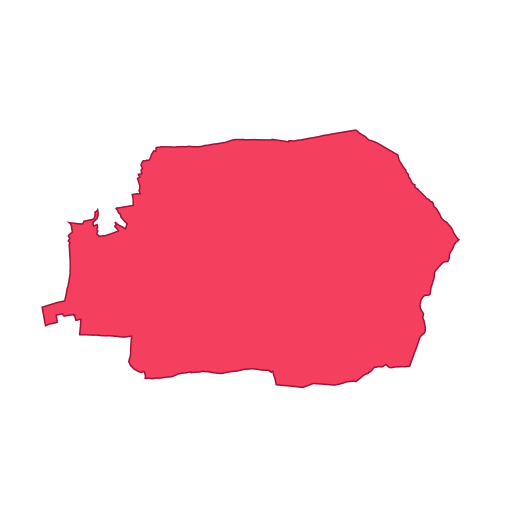 the district of Popesti, Iasi, Romania, rotated 288°
{"feature_id": "2599482B45764776322069", "entity_name": "Popesti", "entity_type": "district", "adm_level": 2, "iso_a3": "ROU", "parent_name": "Romania", "parent_adm1": "Iasi", "projection": "equal_earth", "projection_center": [27.259, 47.14], "detail": "fine", "context": "isolated", "style": "filled", "palette": "rose", "viewbox_px": 512, "rotation_deg": 288, "n_neighbors": 0, "source": "geoboundaries", "source_scale": "gbopen_adm2", "svg_char_len": 6087}
<svg xmlns="http://www.w3.org/2000/svg" viewBox="0 0 512 512"><g transform="rotate(288 256 256)"><path d="M359.7,409.0L361.8,407.3L361.9,406.7L361.9,405.0L362.2,404.5L363.2,402.9L363.3,402.3L363.4,400.2L363.6,399.6L364.7,398.6L365.8,396.3L366.0,395.8L366.5,395.2L367.2,393.6L368.9,390.0L369.8,389.1L369.7,388.1L370.7,385.8L371.6,385.5L372.7,385.3L373.0,383.1L373.5,382.1L374.9,380.8L376.0,379.6L376.9,378.9L377.8,377.5L378.6,376.6L380.1,375.9L380.9,375.2L381.6,374.2L382.0,373.1L383.3,372.1L384.1,371.8L385.1,370.0L389.5,364.6L389.9,364.0L392.2,362.0L394.4,360.5L395.9,359.7L398.5,347.5L399.6,342.5L400.0,341.1L400.4,338.5L400.9,336.4L401.0,334.7L401.2,334.0L401.2,332.6L401.4,330.6L401.4,329.6L401.1,327.9L401.2,327.4L402.1,325.2L402.8,324.2L403.4,323.0L403.6,322.1L404.0,319.4L404.3,318.6L404.6,318.1L404.7,316.8L406.1,313.7L406.6,312.2L406.3,311.3L395.9,291.3L393.5,287.1L391.5,282.9L389.5,279.9L387.0,275.3L384.2,269.9L379.6,261.7L379.5,261.0L379.1,260.0L377.9,258.1L376.9,256.0L376.7,254.4L375.8,251.7L374.7,251.9L371.9,235.3L371.3,235.3L369.5,229.7L369.1,228.2L368.7,227.3L367.9,224.6L365.9,217.5L365.2,215.8L363.8,211.8L362.9,209.0L363.0,208.2L362.1,205.7L360.5,200.7L359.1,197.9L354.5,191.6L350.4,183.7L349.6,181.7L346.2,175.4L345.7,174.3L345.7,173.8L343.9,171.1L342.1,167.6L340.1,160.9L339.9,159.2L338.1,155.0L336.9,151.3L336.4,149.9L335.8,148.0L335.0,146.1L334.6,145.8L333.4,141.1L330.4,131.6L329.7,131.2L329.6,130.4L328.9,128.6L328.3,127.5L324.7,128.4L324.4,126.9L324.6,126.4L324.1,126.1L322.1,125.8L320.4,125.3L317.3,125.3L315.7,125.1L314.9,124.9L314.2,124.6L313.7,124.2L313.4,123.7L313.4,122.5L312.6,121.6L312.0,121.0L312.0,120.1L311.9,119.7L311.7,119.4L311.0,119.0L308.5,118.5L307.3,118.5L306.4,118.9L305.7,119.4L304.9,120.6L304.0,121.1L303.1,120.3L301.9,120.3L301.5,120.4L299.0,122.1L297.3,118.9L296.9,119.1L295.1,121.2L293.2,119.3L287.0,123.8L286.3,124.1L284.8,124.4L283.8,124.6L282.1,124.5L279.4,126.8L278.6,123.9L277.7,122.1L276.2,119.3L272.6,121.4L266.2,123.6L259.6,111.0L258.5,108.5L257.7,108.3L257.3,109.2L256.7,110.3L255.0,111.5L254.3,112.3L254.2,113.5L251.8,115.4L251.3,115.4L250.9,116.2L248.8,119.6L247.5,122.2L246.9,123.5L241.4,123.4L241.9,121.9L242.3,120.5L242.8,117.0L243.1,115.4L243.9,113.3L244.5,112.0L244.3,111.8L243.0,112.9L242.5,113.1L242.0,113.1L241.0,112.5L240.3,112.8L238.2,116.7L237.6,117.3L237.3,117.4L237.0,117.3L235.8,115.5L232.8,111.9L229.5,107.4L228.6,105.9L226.8,101.9L226.1,100.7L226.8,100.1L227.4,98.4L228.0,97.7L228.3,97.5L228.6,97.5L230.6,97.9L231.1,97.6L231.6,96.7L232.3,96.3L232.8,96.3L234.0,96.6L235.4,96.1L236.8,95.1L234.3,92.3L237.2,90.6L242.7,93.3L246.0,93.2L247.5,92.8L249.0,92.2L250.5,91.4L251.0,91.1L250.4,91.0L249.4,90.5L247.9,89.3L246.1,90.0L244.8,90.3L242.2,90.4L241.5,90.4L241.1,90.2L239.8,88.4L235.9,81.6L233.0,81.3L232.0,78.2L230.1,68.9L230.0,68.0L229.4,69.4L229.2,69.6L227.8,70.9L227.2,71.6L227.0,71.8L226.1,71.7L225.2,72.1L224.1,72.9L222.0,73.9L218.1,71.6L217.6,71.4L216.9,71.4L216.4,71.7L215.9,73.2L215.4,73.5L214.6,73.4L213.1,72.9L212.4,72.8L212.1,73.0L211.3,74.7L210.9,74.9L209.1,74.8L192.9,81.2L189.3,82.3L187.5,83.0L186.4,83.3L185.2,83.5L182.1,84.6L172.8,86.1L168.7,86.6L166.9,86.4L161.2,87.3L155.6,87.8L154.3,88.0L151.9,84.1L150.6,81.7L141.2,68.4L124.6,77.4L126.7,79.6L128.0,81.6L129.6,84.6L131.5,87.5L137.9,84.3L140.0,87.6L141.1,89.5L141.1,90.1L140.9,90.4L139.8,91.2L139.6,92.1L142.4,97.6L144.0,100.5L143.2,101.0L143.8,101.8L139.3,104.3L139.6,105.6L141.1,107.6L141.7,109.0L134.8,110.8L126.9,112.5L126.6,112.6L126.6,112.8L128.7,119.1L129.2,121.3L130.1,124.3L130.7,126.7L131.0,127.4L131.5,128.1L131.6,129.5L132.1,131.3L132.3,132.9L133.5,137.3L135.0,141.6L135.1,142.6L135.7,144.4L135.9,146.0L136.8,149.2L136.8,149.9L137.5,153.3L138.4,156.4L139.9,159.4L141.3,162.6L137.3,163.4L127.0,166.0L125.8,166.6L122.6,167.3L120.2,167.5L119.1,167.4L116.1,167.7L113.2,170.4L112.8,171.1L112.3,172.2L110.8,174.9L109.8,180.3L109.7,182.0L110.0,183.0L110.4,183.7L111.4,184.9L111.5,185.6L107.4,188.1L106.1,188.2L105.4,188.4L105.8,190.1L106.2,190.5L106.6,191.7L106.9,192.8L107.2,195.0L107.5,195.9L109.3,199.2L109.6,200.8L110.7,203.6L111.0,204.1L113.5,208.9L113.7,209.8L114.5,211.6L114.9,212.8L115.7,213.9L120.0,218.9L121.9,222.0L122.4,223.5L123.7,226.3L124.7,228.0L125.6,229.8L124.9,230.3L125.7,231.6L128.2,238.0L128.2,238.3L129.7,240.4L130.5,244.0L131.2,246.5L131.8,251.6L133.2,258.0L133.8,259.8L136.3,264.1L138.1,267.5L139.6,270.9L140.4,272.7L140.9,273.9L144.4,279.5L144.9,280.8L145.6,282.2L146.0,283.6L147.5,286.9L148.1,289.3L149.5,297.4L150.3,300.5L151.1,302.6L151.4,304.0L150.8,304.0L150.7,304.3L150.1,306.4L150.8,306.5L151.0,306.6L151.4,307.3L151.6,307.3L151.6,307.5L149.8,308.6L144.7,312.3L139.8,315.0L142.8,328.3L145.5,341.3L152.4,349.8L155.0,359.9L157.5,370.5L159.8,374.7L161.8,377.8L164.4,381.1L167.1,387.4L167.5,390.0L176.7,395.8L179.2,399.2L180.5,399.4L181.4,400.7L187.1,403.1L187.3,404.6L188.4,406.2L189.7,410.6L192.9,413.0L191.2,417.3L191.6,419.2L193.7,423.1L194.5,425.4L195.4,427.8L196.7,431.9L198.8,436.2L212.7,436.6L219.2,437.0L229.2,437.0L230.6,437.4L234.4,439.7L235.7,440.2L236.7,440.1L239.4,439.5L240.4,439.1L241.2,438.6L242.2,438.1L246.7,435.5L247.4,434.9L247.8,434.3L248.7,433.9L249.3,433.6L252.1,433.4L252.7,433.2L254.1,431.8L254.6,431.0L257.1,428.5L258.2,427.9L260.7,426.8L262.9,426.9L263.4,426.5L265.9,426.6L267.9,427.2L270.6,428.5L271.3,430.0L271.8,431.6L272.6,432.8L273.2,433.3L277.7,432.7L280.0,432.1L284.1,432.3L285.5,432.3L286.5,432.1L289.1,432.2L290.3,432.1L295.4,430.9L296.2,430.9L297.7,431.3L300.1,432.6L300.8,432.7L302.5,433.4L306.7,435.4L307.7,436.0L308.5,436.7L308.9,437.2L309.7,439.6L310.1,440.1L312.9,440.4L314.0,440.4L316.0,439.8L317.2,439.6L318.3,439.6L320.6,439.9L323.7,440.8L327.8,441.0L330.5,441.8L331.3,442.1L332.9,443.3L334.2,444.0L334.3,443.3L335.2,442.0L335.6,441.2L336.7,439.8L337.3,439.2L338.4,437.5L339.5,436.4L341.5,434.9L343.5,432.6L344.5,431.1L345.7,428.9L346.4,428.0L347.0,426.9L347.4,424.9L347.9,423.3L349.2,421.0L350.2,419.8L352.7,417.6L355.9,414.0L357.3,412.1L357.6,410.8L357.9,410.2L358.4,409.6L358.9,409.2L359.7,409.0Z" fill="#f43f5e" stroke="#9f1239" stroke-width="1.5"/></g></svg>